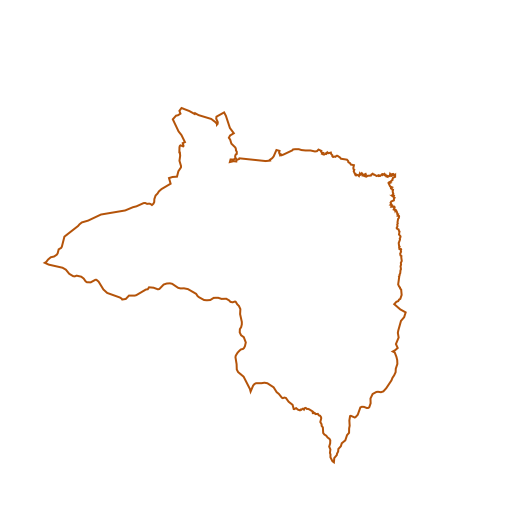 the district of Sotaquirá, Boyacá, Colombia, rotated 210°
{"feature_id": "7082276B24848534982684", "entity_name": "Sotaquirá", "entity_type": "district", "adm_level": 2, "iso_a3": "COL", "parent_name": "Colombia", "parent_adm1": "Boyacá", "projection": "mercator", "projection_center": [-73.263, 5.785], "detail": "fine", "context": "isolated", "style": "outline", "palette": "amber", "viewbox_px": 512, "rotation_deg": 210, "n_neighbors": 0, "source": "geoboundaries", "source_scale": "gbopen_adm2", "svg_char_len": 6106}
<svg xmlns="http://www.w3.org/2000/svg" viewBox="0 0 512 512"><g transform="rotate(210 256 256)"><path d="M223.6,384.3L225.4,384.9L231.1,382.7L232.5,383.3L235.6,383.5L236.4,383.0L236.8,381.6L237.8,381.3L238.7,380.3L239.7,380.5L240.2,381.4L241.9,381.9L242.9,383.0L244.6,381.3L245.6,381.4L246.2,379.4L246.5,379.3L246.7,380.1L247.7,377.9L248.4,377.6L249.8,377.5L249.6,378.8L250.8,378.4L251.9,379.0L252.0,379.7L255.1,379.4L255.6,377.3L257.2,376.0L261.7,374.6L266.0,372.1L269.6,370.5L272.3,369.9L275.6,368.0L277.2,366.8L277.4,365.6L283.0,357.5L284.2,356.1L284.7,356.4L285.4,355.2L286.4,356.1L286.0,356.4L287.6,356.9L288.2,358.8L291.3,358.0L290.5,351.0L290.9,348.7L292.1,346.2L291.5,345.7L292.1,345.2L295.2,343.0L319.2,332.3L319.1,331.6L320.9,329.4L320.3,328.0L322.8,326.9L325.6,324.3L326.3,326.9L323.8,328.2L322.3,330.5L323.6,331.3L324.1,332.5L324.3,333.8L323.7,334.8L324.7,336.6L326.2,337.5L326.9,338.6L328.1,339.6L333.5,341.0L336.6,343.9L338.6,344.8L338.7,347.4L336.6,351.2L342.6,353.8L352.1,362.3L355.4,364.4L359.9,356.9L359.1,355.0L356.0,352.8L355.3,351.2L355.5,350.3L355.8,350.8L357.9,351.6L363.3,352.3L376.2,349.3L380.2,349.2L380.1,348.3L386.3,348.2L394.5,346.9L394.9,343.4L392.6,341.5L394.0,338.8L395.4,337.6L396.4,332.8L385.4,325.2L381.1,323.5L374.5,319.1L375.9,317.1L373.8,315.1L373.9,314.5L376.7,314.1L377.0,313.3L376.7,312.0L374.2,307.4L373.7,307.6L371.8,304.9L369.9,300.2L365.9,296.4L365.3,295.2L365.6,290.6L364.1,285.2L367.8,282.7L370.3,280.0L366.1,275.9L371.3,266.7L372.4,263.4L372.5,260.8L373.2,258.2L372.5,254.5L371.1,251.8L371.0,249.9L371.6,248.1L373.3,248.3L374.6,248.0L376.4,246.7L378.5,246.5L379.8,245.6L384.4,239.2L386.9,236.8L392.1,230.0L411.0,214.4L419.1,202.7L423.6,198.0L424.7,195.2L425.1,193.0L431.6,177.0L428.8,167.0L428.8,165.6L430.2,163.1L429.1,159.1L429.2,157.5L430.6,154.6L433.1,152.3L434.3,149.0L434.7,146.0L435.5,144.5L431.2,144.9L417.7,149.1L413.8,149.1L408.9,147.2L404.3,147.1L402.8,147.7L401.5,149.3L397.0,150.7L393.9,150.3L391.0,148.9L389.4,148.7L386.0,150.5L383.2,155.1L382.3,155.6L379.5,155.1L371.4,150.7L366.4,149.6L353.1,152.0L351.1,151.9L350.1,151.4L347.3,153.7L346.2,158.2L341.3,161.0L340.1,162.2L334.6,171.9L333.1,173.1L333.0,175.4L328.9,177.3L324.3,178.1L323.2,179.1L321.7,185.1L319.6,187.5L316.9,189.3L314.7,190.0L307.5,189.5L305.1,190.2L302.2,192.0L298.4,193.3L288.9,193.3L286.6,192.1L284.9,191.8L279.0,191.9L276.4,193.1L273.6,195.0L271.7,198.6L267.9,200.9L264.4,201.6L260.4,204.1L257.1,204.1L255.2,203.5L253.1,204.2L251.4,206.1L250.7,206.2L248.1,204.8L245.8,204.2L243.0,202.2L240.7,197.7L235.3,191.8L234.1,189.7L233.3,187.0L233.4,184.6L231.9,181.7L229.3,179.9L226.0,179.6L221.6,176.0L220.5,172.4L220.4,170.3L220.8,169.0L222.3,167.6L222.9,166.0L223.6,163.1L223.7,159.6L223.2,158.1L218.7,152.6L215.9,148.1L213.4,146.5L206.4,145.3L194.8,137.8L192.9,135.9L193.7,142.4L193.3,144.4L192.4,145.8L187.5,148.7L185.3,150.5L182.5,151.5L175.1,151.1L170.0,148.4L167.3,148.0L162.7,146.2L161.7,146.3L160.6,147.6L159.1,148.0L154.9,146.1L149.9,145.4L146.8,142.3L146.3,142.5L145.2,144.3L142.9,143.9L140.8,144.3L140.6,145.3L139.9,145.4L139.3,147.0L138.7,147.3L137.7,147.0L137.8,148.5L137.0,149.3L135.4,149.0L134.5,149.6L133.4,149.8L129.3,149.7L128.4,149.5L128.5,148.5L128.2,148.3L126.6,149.4L125.5,148.8L123.5,150.2L122.0,149.4L120.6,149.7L119.0,148.9L118.3,147.9L117.3,144.4L115.1,143.1L114.2,141.7L112.4,141.0L109.3,136.3L107.6,135.6L105.3,135.5L103.2,134.6L101.0,134.4L99.5,133.5L98.1,130.8L97.3,127.5L94.9,125.7L93.5,122.4L92.3,121.4L90.9,118.9L87.2,116.5L85.4,116.3L87.2,120.2L86.5,124.0L87.0,125.3L87.1,127.7L88.2,130.1L87.4,133.7L88.1,136.7L86.5,141.0L87.6,146.4L87.0,149.4L89.2,153.4L90.0,155.8L92.9,160.2L94.5,164.4L94.0,165.0L89.7,165.5L89.2,166.3L88.5,169.4L89.9,177.0L89.0,178.3L87.1,179.3L83.9,179.8L82.7,180.7L82.3,181.7L83.1,185.8L85.6,189.8L86.0,194.8L83.8,198.4L82.5,199.4L79.7,200.5L78.0,202.4L77.1,206.6L76.5,215.9L76.9,218.8L76.7,221.7L77.0,225.2L78.6,228.3L79.6,233.2L81.7,236.5L84.0,238.9L87.6,241.8L89.8,241.7L88.4,244.0L87.3,247.2L90.8,249.7L91.7,256.7L94.7,260.3L95.5,262.5L98.0,272.3L97.1,277.1L98.2,282.0L104.4,281.9L112.2,283.4L111.5,286.6L110.3,288.0L110.3,289.8L109.6,291.0L110.4,295.1L113.5,299.5L114.9,299.9L115.5,300.7L116.8,301.1L118.7,302.5L121.4,309.2L121.9,309.6L121.8,310.7L122.3,311.3L122.5,313.2L123.7,315.8L123.9,317.1L125.7,319.4L126.0,321.0L127.1,322.4L127.3,324.6L129.4,327.3L130.1,328.7L131.1,328.7L132.3,330.1L132.5,332.2L133.3,332.9L133.6,334.3L134.1,334.5L135.3,333.8L136.5,335.2L136.3,335.9L137.2,336.4L138.9,338.6L139.5,342.2L140.3,343.1L140.2,344.0L140.7,345.3L142.9,346.1L144.0,349.0L144.8,349.2L145.8,350.3L147.7,350.2L148.2,350.6L148.4,352.6L149.5,354.0L149.5,355.1L150.3,355.9L151.5,359.2L151.3,360.2L151.8,361.7L152.1,362.1L153.5,361.6L153.8,363.2L154.7,363.0L155.6,364.3L157.7,365.7L158.3,365.7L158.2,364.9L158.6,365.3L160.0,365.1L160.3,367.6L161.0,367.8L161.2,367.2L162.4,367.5L162.3,367.0L163.5,366.3L163.7,367.9L165.0,367.6L164.7,368.5L166.1,369.4L166.1,370.9L164.4,373.1L165.2,374.6L165.1,375.7L167.8,376.1L166.7,376.6L166.7,377.3L168.4,377.5L168.3,378.7L169.7,379.9L170.4,381.7L170.8,381.4L171.9,382.1L172.9,382.0L173.2,382.6L172.7,383.5L174.6,383.3L177.8,385.5L177.6,386.2L176.9,385.8L176.3,386.6L176.8,386.6L176.7,387.7L175.8,390.2L176.2,390.6L176.4,392.3L175.1,394.1L176.0,395.7L176.2,395.0L176.7,395.5L178.2,395.7L179.1,394.9L177.9,394.4L178.5,393.5L178.9,394.4L180.1,393.9L180.9,394.2L180.5,392.9L180.2,393.4L179.5,393.0L180.8,391.5L182.3,391.1L181.8,390.3L182.8,390.1L182.9,390.8L183.6,390.5L184.4,391.1L184.9,390.5L185.4,390.9L185.4,390.5L186.1,390.8L186.8,389.6L187.4,390.2L187.7,390.0L188.4,387.5L189.4,386.8L189.6,387.4L190.1,387.4L191.5,385.6L194.7,385.6L195.1,385.2L196.1,385.6L196.8,384.2L196.7,383.1L199.3,381.4L200.2,379.8L201.8,379.5L201.6,381.5L202.1,381.9L202.8,380.8L202.5,379.9L203.8,379.1L204.1,380.0L205.8,380.6L206.0,379.6L205.3,379.6L206.1,378.6L207.3,379.3L206.8,376.7L208.3,377.0L209.4,376.7L209.6,376.0L210.5,376.6L210.7,376.1L213.8,378.3L214.0,379.8L214.8,379.9L215.7,380.8L216.6,383.6L219.6,382.6L220.9,383.4L222.9,383.4L223.6,384.3Z" fill="none" stroke="#b45309" stroke-width="2"/></g></svg>